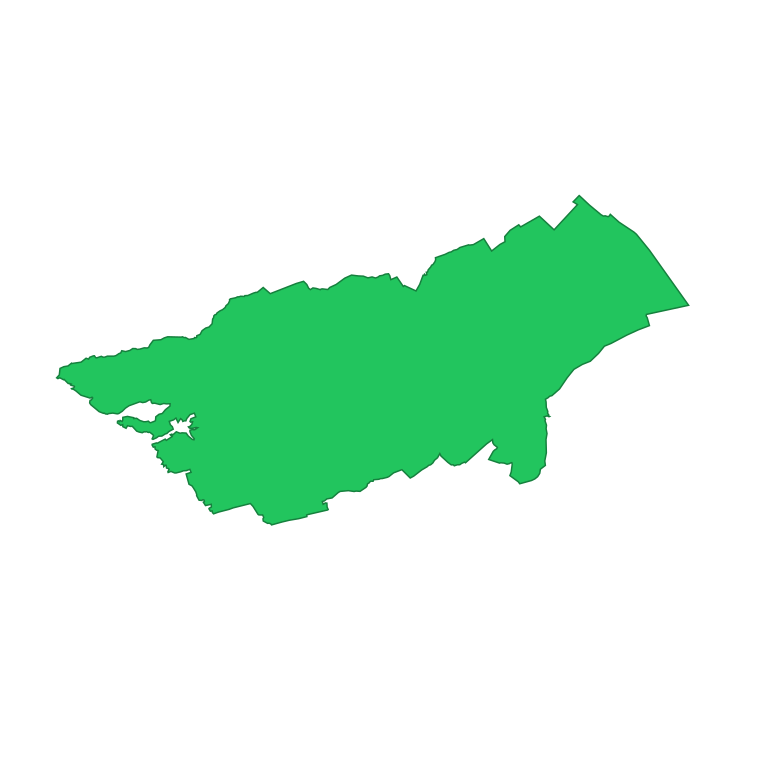 Naeni, Buzau, Romania (orthographic projection), rotated 255°
{"feature_id": "2599482B87929584862181", "entity_name": "Naeni", "entity_type": "district", "adm_level": 2, "iso_a3": "ROU", "parent_name": "Romania", "parent_adm1": "Buzau", "projection": "orthographic", "projection_center": [26.48, 45.099], "detail": "fine", "context": "isolated", "style": "filled", "palette": "green", "viewbox_px": 768, "rotation_deg": 255, "n_neighbors": 0, "source": "geoboundaries", "source_scale": "gbopen_adm2", "svg_char_len": 6137}
<svg xmlns="http://www.w3.org/2000/svg" viewBox="0 0 768 768"><g transform="rotate(255 384 384)"><path d="M511.0,613.8L507.2,617.3L488.9,588.2L505.9,577.5L500.6,557.5L500.4,556.6L502.9,555.4L499.8,545.6L495.2,538.8L490.1,537.7L488.8,532.2L484.6,522.4L498.6,518.0L495.5,506.4L496.0,502.6L496.5,501.8L496.2,492.7L495.0,489.4L495.1,485.9L494.2,483.1L494.3,481.0L493.4,476.4L492.7,466.4L490.8,466.1L489.1,465.0L486.7,462.2L486.4,460.7L485.1,459.6L482.9,456.3L480.8,455.0L481.0,453.8L478.5,453.7L478.3,452.1L479.6,451.5L478.5,450.4L478.8,449.8L471.0,444.3L465.6,439.0L473.8,429.2L473.2,427.9L484.0,424.1L483.0,417.6L487.1,417.6L489.3,416.9L489.8,413.6L489.3,410.9L489.6,407.8L488.8,405.6L488.6,403.2L490.5,400.2L490.7,395.9L493.5,392.0L495.1,387.0L497.6,380.8L496.4,373.5L492.5,363.5L491.3,356.6L489.8,354.2L491.8,349.2L492.0,347.8L491.6,346.9L493.9,343.2L495.2,340.2L494.2,337.3L496.0,336.0L500.1,335.2L504.0,332.9L503.8,325.4L500.7,297.5L508.5,292.3L505.3,285.2L505.7,284.1L505.6,281.3L504.7,275.2L505.4,272.5L504.7,271.8L505.9,268.1L505.7,266.7L506.1,264.9L505.7,263.1L506.0,257.8L505.6,256.7L504.3,256.4L501.9,254.4L500.5,251.6L499.0,250.4L497.6,247.3L497.1,244.5L495.8,241.0L494.6,240.0L494.7,238.8L494.0,237.4L492.1,236.5L491.1,235.3L486.7,233.6L484.3,229.7L484.2,226.3L482.6,222.1L479.5,219.2L479.1,215.7L477.6,215.2L477.3,214.5L477.9,213.0L477.1,212.3L477.6,207.1L480.3,204.3L480.6,202.8L481.7,201.7L481.8,200.1L485.6,187.2L485.4,183.6L484.5,179.9L485.9,172.5L482.5,168.1L480.4,166.3L480.0,164.8L481.0,161.7L480.9,157.0L481.3,154.5L482.4,153.4L483.3,150.5L482.2,147.3L482.2,142.8L484.0,139.3L482.1,137.7L482.0,136.0L480.8,132.4L480.8,130.3L482.5,123.9L482.2,121.3L482.6,119.6L483.9,118.1L483.6,113.4L484.1,112.3L486.2,111.6L486.4,110.5L486.0,106.7L484.5,105.1L486.0,102.9L483.5,97.1L484.6,87.8L485.0,87.6L483.2,83.4L483.6,79.3L482.9,75.1L476.8,72.7L474.7,69.4L473.6,70.4L473.9,72.5L471.0,75.6L471.2,76.2L466.2,79.1L465.7,80.7L464.9,81.8L464.4,80.9L463.9,81.2L462.2,84.1L461.5,84.3L460.5,83.3L460.4,80.9L460.1,81.0L459.3,82.6L457.2,84.5L451.6,88.4L446.5,96.4L446.8,98.6L445.9,99.0L445.5,98.6L444.3,97.1L444.4,96.1L443.9,95.6L441.9,94.8L439.9,95.4L431.0,101.7L428.3,105.4L428.3,106.2L427.2,107.2L426.4,109.2L426.7,110.3L426.1,114.5L424.2,118.6L424.1,120.1L425.4,124.1L427.6,128.0L429.0,132.1L430.0,143.6L428.5,146.1L428.3,149.2L429.3,152.7L429.2,154.6L426.3,154.6L425.2,155.2L424.8,157.6L422.1,162.4L422.2,166.2L421.1,168.8L420.3,172.3L418.1,171.6L415.7,166.1L413.3,162.8L412.9,162.0L413.0,158.9L411.4,155.1L408.1,153.9L407.5,153.2L407.0,148.6L407.5,147.7L409.1,146.8L409.2,144.3L409.7,142.2L412.0,138.7L414.9,136.2L415.4,133.4L416.2,133.6L419.1,127.8L419.4,123.1L416.7,122.3L415.6,121.3L417.1,119.7L416.2,118.8L417.1,118.1L417.0,117.0L415.4,116.4L412.2,119.1L412.4,121.1L410.4,120.7L408.0,123.4L410.1,125.5L408.6,128.2L408.3,129.9L402.5,132.9L401.1,134.8L399.5,137.9L400.0,140.0L399.5,140.8L399.5,142.1L398.2,143.8L398.1,145.2L395.1,147.5L393.7,148.0L391.0,145.8L390.3,146.5L390.9,150.3L391.9,152.8L391.2,156.0L392.4,159.8L392.4,161.5L393.8,164.0L394.9,168.7L397.5,168.5L399.9,167.1L403.5,166.9L403.8,171.5L404.9,174.2L400.1,175.1L403.2,178.6L401.7,179.7L399.9,180.0L400.1,181.7L399.7,183.1L401.7,184.6L404.7,188.8L404.9,193.3L401.0,193.7L400.4,188.5L398.0,186.9L397.2,187.4L397.0,189.3L396.1,188.8L394.6,187.8L393.2,185.4L393.2,184.0L392.0,184.5L391.3,185.5L390.7,188.5L390.7,191.2L390.0,192.7L388.9,189.7L388.9,188.5L389.6,187.5L389.6,184.6L388.2,184.2L384.3,184.7L380.2,186.6L379.3,186.0L380.1,184.5L384.3,181.5L387.8,180.2L389.1,176.3L389.2,174.3L391.6,171.0L389.4,166.6L390.5,166.1L390.3,164.4L388.0,165.7L385.9,159.1L387.4,158.4L385.5,149.8L386.0,148.9L385.8,144.5L385.1,144.2L382.7,144.8L382.6,146.5L380.4,146.1L378.9,147.2L378.2,148.6L372.4,145.8L371.6,146.1L370.5,148.7L366.1,150.7L364.1,148.5L363.3,150.2L361.2,149.9L362.1,151.7L361.9,152.5L359.1,152.2L358.1,153.9L357.3,154.3L355.1,152.5L354.4,152.6L354.7,155.6L352.3,158.7L351.9,160.1L351.8,164.9L352.1,167.9L351.5,170.6L351.8,174.4L348.6,174.8L348.3,169.6L337.6,169.7L335.4,172.1L333.3,172.9L328.6,174.3L325.6,174.5L324.6,174.1L319.6,175.3L318.7,177.8L319.1,179.2L318.3,180.2L316.9,180.1L316.6,178.9L312.8,180.1L312.5,186.0L309.8,185.4L309.3,183.1L308.8,182.6L306.1,183.4L305.8,185.2L304.2,185.0L302.7,185.8L303.1,190.9L303.0,202.0L303.4,206.3L303.1,224.0L299.7,225.8L290.6,228.6L289.9,229.3L288.9,232.9L286.2,233.3L285.1,232.2L282.9,231.9L279.5,235.5L279.3,236.9L278.4,238.3L277.0,238.9L277.1,249.9L276.9,257.3L276.0,266.7L275.9,275.2L277.5,275.4L277.6,276.8L276.9,297.0L277.2,297.6L279.8,297.2L283.7,298.0L284.3,296.6L283.6,294.1L286.5,294.0L286.5,296.2L287.8,299.0L287.4,304.4L291.0,311.7L291.6,313.9L290.2,322.0L287.9,327.3L287.8,329.3L286.5,333.1L288.8,339.8L289.7,341.1L291.9,342.3L292.3,344.0L293.2,345.1L293.5,346.2L292.9,348.3L294.2,349.3L293.3,354.4L293.5,356.2L293.1,357.8L293.0,363.0L293.3,364.8L295.7,370.3L296.6,379.1L286.4,385.0L287.3,388.8L291.2,398.1L292.9,404.2L293.9,406.2L293.9,408.1L295.1,410.7L297.3,413.1L298.9,416.6L302.3,419.9L299.7,420.4L291.8,425.4L288.5,428.0L288.0,430.1L286.8,430.7L287.0,433.9L286.4,436.3L287.2,438.4L287.7,441.5L286.8,442.3L299.6,467.6L302.2,474.4L299.0,473.9L296.8,474.6L293.5,477.1L292.3,476.1L291.7,474.0L290.7,472.1L284.0,465.6L277.7,475.1L277.7,476.4L276.5,479.6L274.7,482.1L274.6,484.3L275.1,486.3L274.9,487.1L273.1,487.0L266.1,484.1L262.9,481.9L254.8,488.4L252.5,489.3L252.6,501.5L253.3,505.2L254.7,508.4L257.4,511.3L261.2,513.0L263.6,518.8L268.1,519.4L275.5,523.0L288.4,526.1L293.9,528.6L298.8,529.0L302.2,530.3L306.9,530.0L308.0,530.8L310.9,530.2L311.0,533.3L309.7,534.9L309.8,535.6L310.8,534.6L311.9,535.1L313.1,534.4L315.2,535.1L319.4,534.7L324.7,535.9L327.5,536.0L328.4,539.3L329.3,540.7L329.3,543.2L333.8,552.3L342.6,562.5L349.0,571.2L351.6,580.7L352.6,589.2L358.0,599.1L363.5,606.7L364.4,613.7L368.4,631.3L370.5,643.7L371.7,655.5L380.0,655.4L381.9,654.8L383.3,655.5L381.2,698.6L444.3,675.1L463.3,666.6L466.1,664.7L479.5,652.9L489.3,646.5L488.0,645.1L487.6,643.8L489.2,641.2L489.4,639.4L491.4,637.4L503.7,628.7L515.1,621.6L515.5,621.3L511.0,613.8Z" fill="#22c55e" stroke="#15803d" stroke-width="1.5"/></g></svg>